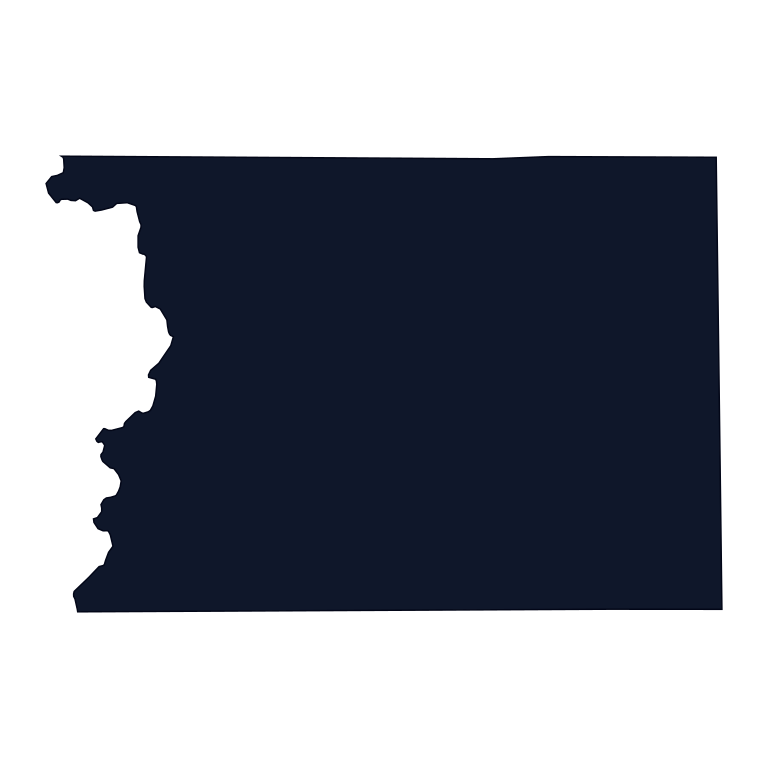 outline of Sioux, Iowa, United States of America
{"feature_id": "52423323B71444567785310", "entity_name": "Sioux", "entity_type": "district", "adm_level": 2, "iso_a3": "USA", "parent_name": "United States of America", "parent_adm1": "Iowa", "projection": "albers", "projection_center": [-96.475, 43.084], "detail": "fine", "context": "isolated", "style": "filled", "palette": "ink", "viewbox_px": 768, "rotation_deg": 0, "n_neighbors": 0, "source": "geoboundaries", "source_scale": "gbopen_adm2", "svg_char_len": 1701}
<svg xmlns="http://www.w3.org/2000/svg" viewBox="0 0 768 768"><path d="M61.4,156.2L63.1,157.3L63.7,159.1L64.2,167.7L63.3,172.7L57.4,175.4L51.7,176.6L46.1,183.5L48.6,193.1L56.2,202.6L57.6,202.7L59.2,201.9L60.1,200.1L61.4,199.3L67.8,199.1L70.9,200.4L75.5,200.7L79.6,198.2L88.0,202.8L92.5,206.9L93.5,210.4L95.1,211.1L101.6,210.0L112.6,207.1L116.7,203.4L127.3,202.7L135.4,205.5L136.4,206.7L137.1,211.6L139.7,221.7L141.1,224.7L141.0,227.4L138.1,235.7L138.1,247.3L139.5,252.7L142.9,254.1L144.4,254.2L146.3,256.2L146.5,257.4L144.3,280.7L144.2,286.5L145.0,298.6L146.4,302.1L151.2,307.3L152.3,307.5L155.4,306.5L160.3,309.0L166.9,319.9L167.6,326.4L168.6,331.8L169.4,333.8L170.5,335.3L173.4,336.7L170.8,345.7L162.4,358.0L158.9,363.2L150.7,370.3L148.5,374.9L148.7,377.3L155.6,379.2L156.4,380.9L156.8,384.3L156.7,385.3L155.7,396.1L152.9,405.9L150.4,410.4L148.3,411.8L143.4,413.3L141.8,413.0L138.7,411.1L135.2,412.6L125.9,421.5L124.5,423.4L123.9,426.7L122.4,427.6L111.6,430.4L108.3,430.3L104.8,428.7L103.6,428.7L95.8,438.9L96.9,441.3L98.3,442.4L100.1,441.9L102.3,441.7L104.6,445.1L104.6,445.9L103.0,452.1L101.0,454.6L100.9,456.6L102.1,460.0L102.9,461.5L110.2,467.8L114.0,468.6L118.6,474.6L121.2,480.9L120.2,486.9L118.6,491.1L116.4,495.1L115.3,495.9L110.7,497.3L106.3,498.0L103.8,499.8L101.0,504.6L101.7,508.0L101.7,511.7L97.4,517.6L93.5,518.9L94.0,522.5L98.1,528.7L103.1,530.8L107.4,530.7L108.5,531.3L110.3,534.8L113.0,546.2L108.6,552.3L105.6,560.3L104.3,564.7L103.0,565.6L99.1,566.6L94.3,571.6L89.0,577.2L74.2,591.4L73.6,593.9L73.7,596.4L75.0,599.0L77.3,609.3L77.7,611.8L609.8,609.2L721.9,609.3L720.5,495.7L716.2,157.3L548.7,156.6L493.1,158.8L61.4,156.2Z" fill="#0f172a" stroke="#020617" stroke-width="1.5"/></svg>